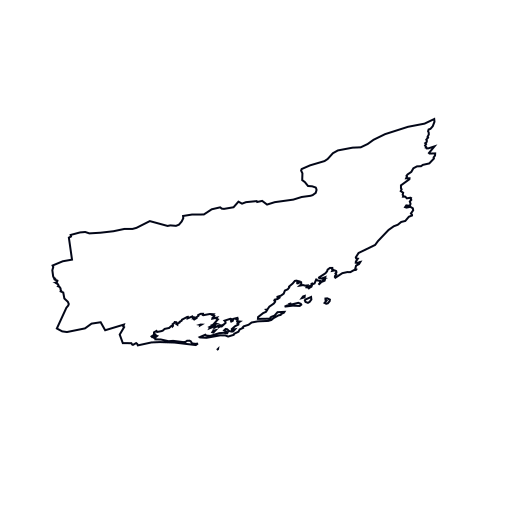 Eyja- og Miklaholtshreppur, Vesturland, Iceland, rotated 342°
{"feature_id": "244011B92076156941754", "entity_name": "Eyja- og Miklaholtshreppur", "entity_type": "district", "adm_level": 2, "iso_a3": "ISL", "parent_name": "Iceland", "parent_adm1": "Vesturland", "projection": "natural_earth1", "projection_center": [-22.557, 64.849], "detail": "fine", "context": "isolated", "style": "outline", "palette": "ink", "viewbox_px": 512, "rotation_deg": 342, "n_neighbors": 0, "source": "geoboundaries", "source_scale": "gbopen_adm2", "svg_char_len": 6133}
<svg xmlns="http://www.w3.org/2000/svg" viewBox="0 0 512 512"><g transform="rotate(342 256 256)"><path d="M467.8,180.8L457.2,182.2L440.5,180.1L416.4,180.0L403.7,181.8L396.8,184.0L389.2,185.0L381.3,182.8L366.5,180.9L360.9,182.0L354.1,185.9L350.5,186.9L335.5,186.5L326.3,187.4L325.3,188.7L325.7,191.7L323.4,198.1L325.3,200.8L327.1,205.5L331.0,207.1L333.9,209.3L334.1,210.0L334.0,211.9L332.3,214.4L328.7,215.6L326.5,215.6L317.7,214.0L308.9,213.9L290.5,210.6L282.4,210.5L278.9,205.5L273.8,205.0L273.6,204.0L263.1,201.7L258.9,201.9L256.1,198.9L249.7,202.7L240.1,201.3L238.1,200.4L237.0,198.7L236.4,198.6L228.3,197.9L219.2,200.4L208.0,196.8L199.0,195.4L198.5,197.6L196.0,200.2L192.4,202.4L189.2,202.6L184.0,200.4L181.2,200.1L165.8,190.0L151.0,192.3L147.0,192.1L139.3,189.6L128.1,188.4L115.3,185.8L104.5,183.0L101.0,180.4L95.9,179.2L86.2,178.7L86.1,180.3L83.7,180.7L79.9,202.6L70.6,201.3L59.6,202.2L59.8,203.8L57.9,206.6L56.8,212.6L57.0,214.4L57.5,214.8L57.2,215.6L57.8,215.9L57.5,216.4L59.5,218.1L58.8,219.2L57.7,219.3L58.1,219.5L57.5,220.0L59.0,221.8L59.1,223.2L58.4,223.6L59.6,224.7L60.1,226.4L59.7,227.8L60.0,228.6L59.3,229.3L61.4,231.2L60.6,237.2L62.9,241.4L63.1,243.8L62.1,245.1L59.7,246.6L44.2,263.4L48.4,267.8L52.7,269.9L71.0,272.0L78.7,269.5L87.8,271.0L89.6,280.0L109.2,280.4L108.0,282.0L108.6,282.9L102.1,288.6L102.4,297.7L110.5,300.4L110.9,302.0L111.5,302.5L115.1,301.8L115.9,303.0L116.0,304.5L129.9,305.9L138.1,308.2L151.7,313.1L171.2,322.1L173.7,321.3L171.4,320.9L168.2,319.4L167.6,317.0L166.6,316.0L164.3,315.3L162.4,315.9L160.2,315.4L151.0,311.1L146.5,310.0L139.7,306.0L134.6,304.2L134.8,303.7L134.0,302.7L137.2,301.5L136.3,300.8L132.2,301.1L131.8,300.2L135.7,299.1L135.0,298.3L135.4,297.1L138.2,296.5L138.5,297.7L142.6,298.2L144.2,298.2L146.6,297.1L151.1,297.6L153.8,296.4L154.7,296.4L154.8,297.2L155.5,296.8L155.6,295.1L157.8,294.3L158.3,293.7L159.8,294.4L159.9,295.9L159.3,296.1L160.0,297.0L160.4,296.1L162.8,295.6L163.0,295.0L165.2,294.6L165.9,293.7L171.8,292.7L172.3,292.8L171.7,294.2L176.7,293.8L176.7,294.4L178.0,295.1L176.9,295.9L178.0,296.3L177.4,297.0L177.6,297.3L180.0,296.7L179.8,296.3L180.2,296.0L182.7,295.1L182.8,294.3L185.5,293.9L187.7,294.6L187.1,295.6L187.5,296.0L194.2,296.9L197.4,298.2L196.3,298.7L198.0,299.9L197.5,300.7L195.5,301.4L195.1,302.1L199.7,302.5L198.8,303.1L200.2,304.5L195.5,307.2L197.2,308.2L192.5,308.2L192.6,308.8L189.9,309.2L190.4,309.7L189.6,310.4L193.1,310.2L195.1,308.8L196.0,310.3L194.9,311.3L199.8,310.4L200.4,310.7L197.6,312.4L202.2,311.5L201.3,312.3L201.6,312.4L206.4,310.2L206.6,308.8L206.1,307.8L212.3,307.8L213.5,308.7L212.1,309.9L212.2,310.7L213.8,310.5L215.0,308.8L219.2,309.1L219.1,309.8L216.9,309.7L219.0,310.6L217.9,312.3L220.5,313.4L217.9,314.1L217.6,314.4L218.3,315.2L218.0,315.8L214.4,316.3L210.4,318.0L210.3,318.8L213.4,319.2L211.1,320.6L209.8,320.5L207.1,319.0L206.0,316.8L204.6,316.0L202.7,316.9L205.4,319.9L204.7,320.6L201.4,319.0L197.1,318.0L187.9,317.9L184.0,316.3L183.5,315.2L177.3,315.8L177.5,316.1L183.6,318.5L197.4,320.4L202.2,322.0L204.6,324.0L210.4,324.1L211.3,323.2L215.9,322.6L217.8,320.8L221.4,320.4L221.3,319.8L222.5,319.1L227.7,319.1L231.3,317.9L237.5,318.7L247.5,321.5L250.8,321.6L253.5,320.5L259.1,319.4L261.2,319.7L261.9,319.0L265.1,318.5L265.8,317.9L259.1,316.1L255.2,318.4L251.8,318.6L250.8,318.9L250.6,319.7L249.4,319.8L238.4,316.4L239.1,314.7L245.2,312.5L248.2,312.2L249.6,311.1L249.1,310.2L250.3,310.4L253.0,308.3L258.3,306.7L260.1,305.4L260.3,304.6L259.7,304.0L260.3,303.3L263.2,303.6L266.4,302.6L263.6,302.5L263.8,301.4L267.5,301.4L270.7,300.4L272.8,297.8L275.8,297.5L277.9,296.2L278.0,295.3L282.4,293.5L285.2,291.7L286.8,291.9L288.8,293.2L287.1,293.8L286.8,294.7L287.3,295.0L289.7,294.5L290.8,294.9L290.4,296.8L288.5,297.7L291.8,298.2L293.6,299.4L295.9,299.9L294.4,301.4L295.9,302.1L296.3,303.1L297.7,302.6L296.5,302.1L296.7,301.3L298.7,301.1L298.6,302.3L299.1,302.4L300.3,301.0L300.2,299.7L301.0,299.5L301.5,300.3L303.2,300.2L306.0,296.9L306.4,297.1L306.5,298.0L309.2,299.5L308.7,301.3L306.6,302.6L309.0,301.6L309.3,301.0L313.6,300.7L314.3,299.7L312.7,299.5L313.7,299.0L313.8,298.3L314.7,298.3L314.2,297.9L314.6,297.6L311.3,297.7L309.3,296.5L309.3,295.9L316.7,293.9L318.9,292.5L319.9,291.1L322.6,290.2L324.8,290.9L324.3,291.9L325.0,292.6L323.9,293.7L326.4,294.0L327.6,295.1L327.5,296.3L326.2,297.1L326.7,298.2L324.9,299.5L324.5,300.4L324.8,301.2L332.8,299.0L337.8,299.5L340.8,300.5L344.7,299.7L346.7,300.1L347.2,299.7L346.3,299.0L348.2,296.1L351.5,295.5L353.4,293.9L352.3,293.8L350.2,294.6L350.4,293.8L348.8,293.2L349.3,292.1L352.0,290.0L350.5,289.2L350.5,288.1L354.5,284.8L372.7,282.3L376.6,279.5L390.1,272.2L396.2,270.3L400.5,270.1L404.6,268.5L408.8,268.8L413.5,265.9L416.9,265.7L417.1,265.1L416.5,263.4L419.6,261.1L419.9,259.1L418.0,256.9L414.1,256.5L412.9,255.6L414.6,254.3L416.9,255.4L418.2,255.4L419.1,254.1L419.1,251.7L421.0,250.6L420.8,249.6L421.4,248.8L420.9,248.3L417.3,247.8L416.3,245.7L414.2,245.0L414.8,244.2L414.4,243.1L415.5,241.3L413.7,239.0L415.1,237.5L414.8,236.4L415.7,233.6L425.6,230.4L426.0,229.5L422.8,228.5L424.1,227.1L423.9,226.3L425.3,225.3L429.7,224.0L432.8,221.2L436.8,220.5L440.7,221.6L442.8,220.9L449.4,221.5L455.3,218.3L455.4,217.1L457.3,215.8L458.1,213.8L452.7,212.2L452.3,211.5L459.6,206.9L453.2,206.9L451.6,206.4L451.6,205.6L451.0,205.3L451.4,204.7L450.9,203.2L452.3,202.2L451.8,201.0L453.2,200.6L454.1,199.4L453.9,198.0L456.2,196.6L455.9,195.8L457.9,193.8L458.4,192.0L458.2,190.5L459.3,189.0L461.2,189.0L464.2,187.2L467.2,183.5L467.8,180.8ZM281.8,313.6L270.1,312.7L267.6,313.0L275.7,314.6L282.1,317.0L284.0,316.3L283.8,315.3L281.8,313.6ZM295.7,312.0L289.4,312.7L288.7,313.4L288.9,315.0L290.9,316.6L292.8,316.2L295.2,314.5L295.7,312.0ZM309.7,323.2L312.1,321.7L312.8,320.3L310.7,318.3L308.9,317.9L308.5,319.3L309.3,320.2L306.7,321.8L308.0,323.1L309.7,323.2ZM191.8,315.6L194.6,314.1L192.3,313.9L190.9,315.0L191.8,315.6ZM290.0,309.0L288.3,309.0L286.6,310.2L289.4,310.3L290.0,309.0ZM183.0,304.4L182.2,304.1L181.3,304.1L181.8,304.4L181.6,304.7L183.0,304.4ZM189.8,333.3L191.1,332.8L191.2,332.6L189.8,333.3ZM273.9,312.1L275.0,311.9L273.7,311.9L273.9,312.1Z" fill="none" stroke="#020617" stroke-width="2"/></g></svg>